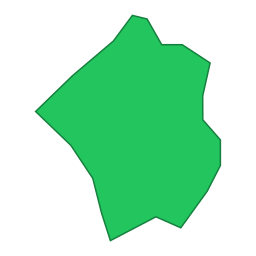 outline of Székesfehérvár
{"feature_id": "HUN-4908", "entity_name": "Székesfehérvár", "entity_type": "Urban county", "adm_level": 1, "iso_a3": "HUN", "parent_name": "Hungary", "parent_adm1": "", "projection": "robinson", "projection_center": [18.479, 47.186], "detail": "fine", "context": "isolated", "style": "filled", "palette": "green", "viewbox_px": 256, "rotation_deg": 0, "n_neighbors": 0, "source": "natural_earth", "source_scale": "10m", "svg_char_len": 359}
<svg xmlns="http://www.w3.org/2000/svg" viewBox="0 0 256 256"><path d="M132.4,15.4L147.1,19.0L161.7,44.7L182.2,44.7L210.1,63.0L202.7,95.9L202.8,119.8L220.4,139.9L220.4,165.5L207.2,191.2L180.8,227.8L155.9,216.8L110.4,240.6L101.6,213.2L92.8,178.4L70.9,145.4L35.6,111.5L72.4,75.8L113.4,41.0L132.4,15.4Z" fill="#22c55e" stroke="#15803d" stroke-width="1.5"/></svg>